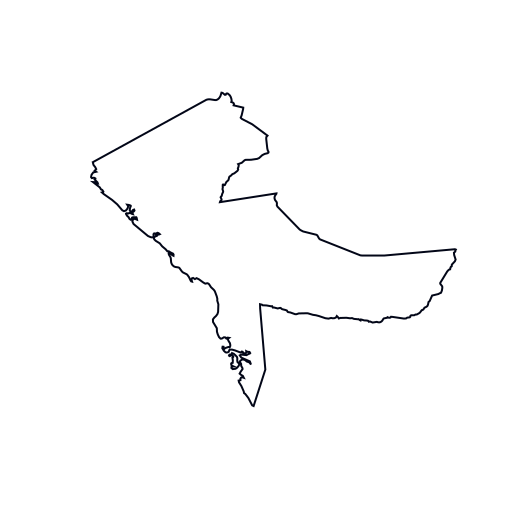 outline of Coast, rotated 112°
{"feature_id": "KEN-1193", "entity_name": "Coast", "entity_type": "Province", "adm_level": 1, "iso_a3": "KEN", "parent_name": "Kenya", "parent_adm1": "", "projection": "robinson", "projection_center": [39.627, -2.351], "detail": "fine", "context": "isolated", "style": "outline", "palette": "ink", "viewbox_px": 512, "rotation_deg": 112, "n_neighbors": 0, "source": "natural_earth", "source_scale": "10m", "svg_char_len": 6119}
<svg xmlns="http://www.w3.org/2000/svg" viewBox="0 0 512 512"><g transform="rotate(112 256 256)"><path d="M396.0,202.0L395.9,203.6L390.5,209.9L387.9,214.3L387.6,215.7L386.1,216.7L382.0,220.9L379.5,224.4L378.0,225.4L377.0,223.9L375.6,224.5L374.4,224.3L373.6,223.4L373.5,221.7L372.1,223.3L371.8,225.3L371.2,227.1L369.1,226.9L365.8,226.1L364.9,226.7L363.5,228.5L361.6,229.4L360.1,231.4L359.0,231.3L357.3,230.2L356.9,229.5L356.6,228.3L356.6,227.1L357.3,224.9L357.1,222.8L357.4,221.8L358.5,220.0L356.0,222.2L355.7,231.6L354.2,233.8L352.9,232.7L351.5,227.7L349.5,226.1L348.9,225.3L348.2,225.0L347.4,226.1L347.8,227.3L348.0,228.4L347.9,229.4L349.0,228.8L349.9,229.1L350.5,230.0L350.7,231.3L350.6,231.8L349.9,232.3L349.8,232.7L350.0,233.5L351.0,233.8L351.3,234.3L351.4,240.2L351.8,243.3L352.7,245.3L353.3,245.5L355.0,245.4L355.9,246.1L356.6,247.3L356.7,248.2L355.9,250.3L354.1,252.7L352.6,253.0L352.3,252.1L354.6,250.8L353.4,250.3L352.5,249.6L350.7,247.5L350.5,246.9L350.5,246.2L349.8,245.9L349.9,246.0L348.3,246.4L346.6,247.5L345.0,249.7L343.5,251.2L342.0,250.3L342.3,251.7L342.7,252.3L343.6,252.7L343.0,254.1L343.4,255.3L345.4,256.8L345.9,257.9L345.1,259.8L343.1,262.0L340.9,263.8L337.6,265.3L333.3,271.1L330.9,272.2L328.7,271.6L326.6,270.6L324.3,270.0L322.0,270.2L314.9,272.8L311.9,275.2L310.2,275.8L308.1,277.3L304.6,280.5L303.7,281.5L303.1,282.6L301.8,286.0L299.7,289.0L299.4,290.4L299.5,291.0L300.6,292.6L300.6,293.1L300.3,295.0L299.0,300.1L298.8,302.8L300.3,304.0L299.9,306.1L300.8,307.1L302.2,306.9L303.7,305.7L303.8,306.6L303.2,307.5L300.7,310.2L299.3,312.4L298.9,313.4L298.6,317.5L298.1,318.9L295.7,322.7L295.7,323.8L296.4,326.7L296.4,328.2L296.0,329.4L295.4,330.6L294.5,331.6L293.5,332.4L290.1,334.1L289.2,334.8L287.5,337.1L286.5,337.9L285.3,338.2L285.8,336.8L286.6,333.7L286.7,332.6L285.5,333.0L284.9,333.8L284.7,336.7L284.3,338.7L284.8,340.0L283.6,342.3L282.2,346.6L280.3,350.0L279.5,354.6L278.7,356.5L277.8,357.4L277.2,357.6L275.7,356.8L274.4,355.4L272.2,355.1L272.5,354.1L271.8,353.4L271.3,354.9L271.4,356.1L272.3,356.8L273.7,356.8L272.9,357.9L273.2,358.9L274.2,359.2L276.6,358.1L277.4,358.8L277.9,360.0L278.0,361.2L277.9,363.7L272.2,381.5L270.4,383.5L268.4,383.8L266.9,382.6L266.9,379.9L265.4,380.9L264.9,381.5L266.2,384.6L266.9,385.3L268.5,385.2L269.3,385.6L269.1,387.0L267.6,388.9L267.2,390.2L266.0,392.0L265.4,392.4L264.8,392.0L264.3,390.1L263.7,389.7L263.2,388.8L263.4,386.9L263.3,385.8L262.1,387.0L260.2,385.9L259.4,385.7L258.6,386.4L259.3,387.2L262.1,388.1L261.5,389.5L260.9,390.2L258.6,390.8L256.5,390.8L256.2,391.3L256.3,393.0L256.7,394.6L257.7,393.1L260.1,392.9L262.6,393.7L263.9,395.2L263.7,397.1L260.1,404.0L257.9,410.5L255.6,420.4L254.8,422.6L254.1,421.6L253.5,421.6L252.4,423.2L252.3,423.7L252.3,424.7L250.9,426.5L248.5,434.8L248.0,433.3L248.2,430.9L248.0,429.8L247.1,430.6L245.6,434.2L244.7,433.8L244.3,433.9L244.1,435.0L244.2,435.7L245.3,437.4L244.6,438.5L242.2,438.9L239.5,438.2L237.8,435.8L237.4,437.5L235.3,436.7L233.8,438.4L232.5,440.7L231.1,441.8L230.3,442.1L230.1,442.4L129.7,360.5L128.7,359.1L128.0,357.5L126.8,352.5L126.3,351.3L125.3,350.3L123.9,349.5L122.4,349.1L120.9,348.9L117.5,349.2L117.3,348.1L118.2,345.2L117.8,344.5L116.7,344.4L116.1,343.8L116.0,342.9L116.6,341.1L116.9,340.4L117.9,339.1L119.5,337.7L121.2,336.7L122.5,336.6L122.4,335.1L122.7,334.0L123.4,333.3L124.7,333.2L123.2,323.4L124.5,323.0L131.0,322.0L133.5,322.0L133.9,321.2L134.2,320.3L135.3,308.8L140.1,290.4L141.9,291.0L143.6,290.4L152.1,285.8L153.9,284.5L154.5,283.6L155.0,283.3L155.4,283.2L156.3,283.7L158.1,286.2L160.2,288.0L164.0,289.8L165.5,291.3L168.6,296.6L170.8,301.8L171.6,302.5L174.9,304.1L177.5,307.0L178.0,306.3L178.6,305.9L180.3,305.6L181.5,305.7L182.5,304.9L184.0,305.1L187.5,307.1L189.0,308.6L190.8,309.3L192.3,310.3L193.1,310.4L195.6,310.0L196.4,310.2L198.5,311.2L201.9,311.5L202.3,312.1L202.0,313.3L202.4,313.5L203.8,313.0L204.7,312.5L206.6,312.1L208.3,310.7L209.1,310.5L211.2,310.6L213.1,310.3L214.1,310.7L214.8,310.8L216.3,309.2L216.8,309.0L217.4,309.1L218.7,309.7L219.6,309.6L190.3,260.5L190.7,260.4L191.7,260.7L193.7,261.0L195.3,260.6L196.8,259.5L198.4,256.9L199.4,256.3L201.2,255.7L202.2,254.6L215.1,225.4L215.4,223.7L215.6,221.5L213.7,207.9L213.9,206.9L216.2,204.0L216.6,202.8L216.3,159.5L215.8,157.7L207.4,137.0L175.2,74.1L175.2,73.1L176.5,73.2L177.2,72.9L178.8,73.7L180.9,72.6L184.5,69.6L186.4,69.6L190.6,71.2L192.2,70.7L193.2,71.3L194.3,71.3L195.6,71.0L196.0,71.6L196.8,72.2L198.6,72.9L211.9,75.1L212.7,74.8L214.3,72.1L215.0,71.6L216.2,71.2L218.4,70.7L220.6,70.7L221.1,70.9L221.7,71.7L222.9,72.6L226.7,77.9L232.7,78.1L234.0,78.8L236.7,78.3L238.3,78.4L239.4,79.1L240.8,80.4L242.9,80.8L243.9,81.6L244.1,82.0L247.0,82.8L247.9,83.3L250.0,85.0L250.6,86.3L251.6,87.0L252.8,89.9L253.6,90.4L254.6,90.2L255.3,90.5L256.5,92.7L257.7,93.5L258.6,95.4L261.4,106.9L261.8,108.1L262.7,108.3L263.2,109.0L263.5,109.9L263.5,111.1L264.0,111.1L266.0,114.1L266.8,114.4L268.7,114.7L269.8,115.2L270.7,115.9L271.3,116.7L271.7,117.9L271.8,119.3L274.0,122.9L274.0,125.9L274.7,126.7L274.1,127.8L274.3,129.0L275.2,131.7L275.4,134.2L275.6,135.0L276.6,134.9L276.5,136.1L276.1,137.1L276.5,137.9L277.6,141.6L277.6,143.7L278.5,145.4L279.4,149.0L281.9,154.7L282.9,155.8L282.0,157.1L281.4,158.6L283.0,158.8L284.2,159.9L285.0,161.5L285.3,163.2L286.9,165.3L287.7,168.4L288.1,175.2L288.5,178.3L289.2,181.1L289.7,186.3L289.9,187.1L293.2,194.8L294.8,196.7L295.3,198.0L295.5,203.1L296.0,205.3L295.8,205.9L295.0,206.9L295.0,208.3L295.5,211.8L295.4,212.5L295.0,213.4L295.0,214.0L295.4,214.7L296.5,216.2L297.0,220.0L297.5,221.1L296.5,222.2L297.0,223.3L297.9,227.7L299.2,231.4L298.9,232.2L299.2,234.2L303.1,232.5L357.8,204.8L396.0,202.0ZM361.9,231.9L362.7,230.8L364.6,231.0L366.7,231.7L368.2,232.7L369.6,235.2L369.0,236.9L367.7,237.2L366.8,235.4L366.7,237.2L366.4,237.9L365.8,238.2L365.5,238.6L365.0,238.7L364.5,238.6L363.8,237.6L361.6,238.3L359.0,239.8L358.3,239.3L357.7,239.4L357.3,240.1L357.1,241.2L357.4,241.8L358.7,242.9L358.5,243.7L357.6,243.7L357.0,243.2L356.7,242.5L356.6,241.5L355.0,241.8L355.0,240.0L355.9,237.5L356.8,235.7L358.1,234.9L359.8,234.3L361.2,233.5L361.9,231.9Z" fill="none" stroke="#020617" stroke-width="2"/></g></svg>